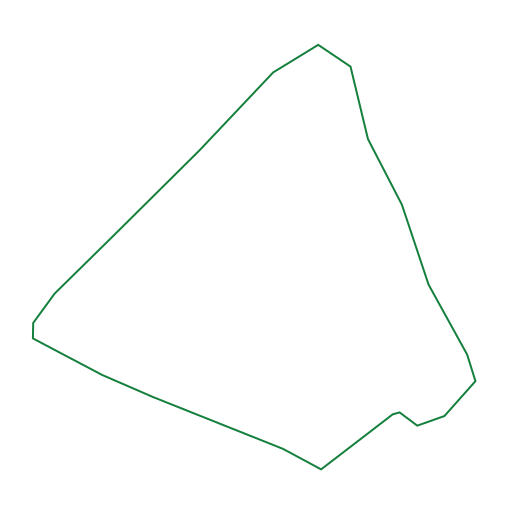 SVG path tracing the border of Telford and Wrekin, rotated 91°
{"feature_id": "GBR-2121", "entity_name": "Telford and Wrekin", "entity_type": "Unitary Authority", "adm_level": 1, "iso_a3": "GBR", "parent_name": "United Kingdom", "parent_adm1": "", "projection": "mercator", "projection_center": [-2.456, 52.714], "detail": "fine", "context": "isolated", "style": "outline", "palette": "green", "viewbox_px": 512, "rotation_deg": 91, "n_neighbors": 0, "source": "natural_earth", "source_scale": "10m", "svg_char_len": 432}
<svg xmlns="http://www.w3.org/2000/svg" viewBox="0 0 512 512"><g transform="rotate(91 256 256)"><path d="M377.3,34.4L412.7,64.8L422.8,91.8L409.9,109.7L411.9,116.5L468.2,187.2L448.4,225.6L398.9,356.3L377.7,407.6L356.5,449.6L342.3,477.6L326.8,477.6L297.0,456.6L237.6,398.3L151.3,314.3L72.1,242.0L43.8,197.5L65.0,164.8L137.1,146.1L202.2,111.0L281.5,83.0L350.8,43.2L377.3,34.4Z" fill="none" stroke="#15803d" stroke-width="2"/></g></svg>